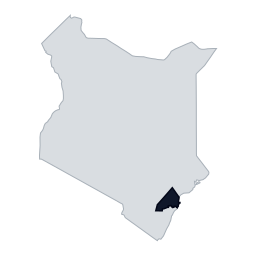 location of Magarini, Coast, Kenya
{"feature_id": "3690345B44163293085628", "entity_name": "Magarini", "entity_type": "district", "adm_level": 2, "iso_a3": "KEN", "parent_name": "Kenya", "parent_adm1": "Coast", "projection": "orthographic", "projection_center": [39.973, -2.829], "detail": "fine", "context": "in_parent", "style": "filled", "palette": "ink", "viewbox_px": 256, "rotation_deg": 0, "n_neighbors": 0, "source": "geoboundaries", "source_scale": "gbopen_adm2", "svg_char_len": 4575}
<svg xmlns="http://www.w3.org/2000/svg" viewBox="0 0 256 256"><path d="M39.6,159.1L39.5,155.3L40.1,145.7L40.0,137.2L40.5,133.0L42.6,130.3L43.5,128.3L44.2,125.6L45.3,123.4L47.8,121.6L48.2,120.6L50.8,117.5L52.4,113.7L53.6,112.3L55.1,111.1L56.1,110.5L57.8,109.8L59.2,109.5L59.4,109.2L59.5,108.5L59.1,106.1L59.7,105.3L60.6,103.7L61.6,102.2L62.6,101.3L63.1,100.3L63.4,98.6L63.4,97.4L63.4,95.5L63.1,91.0L62.0,87.3L61.4,83.2L61.9,81.8L61.0,79.4L60.6,79.2L59.9,78.7L59.0,76.4L58.3,74.3L57.9,73.8L54.9,72.0L53.5,67.7L51.8,66.7L51.0,62.5L50.8,61.2L51.7,57.0L51.7,56.0L50.7,55.1L47.9,54.2L45.7,52.4L46.0,51.8L46.1,51.2L45.0,50.8L41.6,43.5L46.0,39.1L50.5,34.6L56.3,29.0L61.6,23.8L66.2,19.3L70.3,15.4L70.2,16.1L70.2,17.1L70.7,17.7L71.5,18.2L72.7,17.7L73.7,17.1L74.7,17.0L80.7,18.6L81.8,20.0L81.7,21.6L81.9,22.7L81.5,23.8L80.9,27.2L81.1,30.4L82.9,32.7L84.5,34.5L85.8,37.0L86.7,37.8L88.1,38.2L92.3,38.3L98.5,38.5L104.4,38.6L105.0,38.7L106.3,39.0L111.7,42.5L116.8,45.6L121.0,48.4L125.2,51.0L129.2,53.6L132.3,55.8L135.4,56.4L140.4,56.7L143.9,56.8L147.1,57.7L151.9,58.6L155.4,59.0L157.6,59.5L163.5,60.0L164.5,59.7L167.1,57.3L170.1,53.4L171.2,51.3L175.0,49.1L181.7,46.2L186.4,44.1L191.7,42.0L194.1,43.8L197.3,46.7L198.8,48.2L200.0,48.8L201.8,49.3L203.9,49.3L205.1,49.2L207.5,48.8L213.2,48.5L216.5,48.5L213.7,52.4L210.5,57.1L204.5,65.6L199.9,70.1L196.4,73.6L196.1,74.2L196.1,78.0L196.2,87.3L196.3,105.9L196.3,124.6L196.4,143.3L196.4,152.7L196.5,155.8L199.5,159.7L202.5,163.6L206.4,168.7L208.5,171.4L208.9,172.3L208.7,174.1L205.5,177.9L202.9,179.7L199.3,180.5L198.2,180.3L196.8,179.8L196.3,180.7L195.9,182.1L195.1,181.8L194.5,181.4L194.8,183.9L195.2,185.2L194.7,186.9L192.9,188.3L192.8,189.6L189.0,192.8L183.7,193.2L180.9,194.8L179.7,196.1L178.7,199.0L179.0,203.5L177.6,206.9L177.3,208.6L174.5,210.9L173.3,212.9L172.4,215.0L171.6,215.9L170.7,220.5L169.4,223.3L169.1,224.3L168.8,225.1L167.8,226.8L167.2,227.9L166.7,228.7L163.5,235.9L160.9,239.2L159.0,238.8L157.6,240.0L157.5,240.6L156.8,240.3L155.1,239.1L151.7,236.7L148.3,234.2L144.9,231.8L141.5,229.3L138.1,226.9L134.7,224.4L131.3,222.0L127.9,219.5L125.9,218.1L125.0,217.2L124.3,215.5L124.0,215.1L123.1,214.6L122.0,214.5L121.7,214.2L121.7,213.3L122.1,212.2L123.4,209.9L123.5,208.6L123.2,207.1L122.8,204.7L122.5,204.1L120.2,202.9L115.5,200.2L110.8,197.6L106.1,195.0L101.3,192.3L96.6,189.7L91.9,187.1L87.2,184.5L82.4,181.8L77.7,179.2L73.0,176.6L68.3,174.0L63.5,171.3L58.8,168.7L54.1,166.1L49.4,163.5L44.7,160.9L42.9,159.9L41.3,159.1L39.6,159.1ZM196.8,184.4L196.0,184.6L196.4,183.3L198.8,181.7L199.8,182.1L200.0,182.4L200.0,182.8L199.5,183.1L196.8,184.4Z" fill="#d9dde1" stroke="#a8b0b8" stroke-width="1"/><path d="M168.4,207.3L168.4,207.2L168.3,206.9L168.2,206.8L168.1,206.7L167.9,206.5L167.9,206.3L167.9,206.2L168.0,206.1L168.3,206.0L168.4,205.9L168.5,205.9L168.8,205.8L168.8,205.7L169.0,205.7L169.1,205.8L169.3,205.8L169.5,205.9L169.6,205.7L169.8,205.7L170.0,205.6L170.3,205.6L170.5,205.5L170.6,205.4L170.8,205.4L171.0,205.5L170.9,205.6L170.8,205.8L171.0,205.8L171.3,205.8L171.3,206.0L171.2,206.1L171.3,206.2L171.5,206.1L171.8,206.3L171.8,206.5L172.1,206.6L172.3,206.6L172.4,206.8L172.4,207.0L172.5,207.0L172.6,206.9L172.6,206.7L172.8,206.7L172.8,206.8L172.7,206.9L172.9,207.0L173.0,207.1L172.9,207.2L173.0,207.2L173.0,207.3L173.2,207.2L173.3,207.2L173.5,207.2L173.7,207.3L173.8,207.2L174.0,207.1L174.2,206.9L174.2,206.7L174.3,206.6L174.5,206.6L174.6,206.4L174.4,206.3L174.4,206.2L174.5,206.2L174.8,206.2L174.8,206.3L174.9,206.5L175.1,206.5L175.2,206.4L175.3,206.4L175.5,206.4L175.6,206.5L175.8,206.5L176.0,206.5L176.3,206.5L176.4,206.8L176.4,207.0L176.6,207.4L176.9,207.5L177.0,207.5L177.3,207.7L177.4,207.4L177.5,207.2L177.7,206.9L177.8,206.8L177.9,206.7L178.1,206.4L178.2,206.2L178.3,206.1L178.3,205.9L178.3,205.7L178.3,205.3L178.3,205.2L178.2,205.1L178.2,204.9L178.3,204.8L178.4,204.7L178.5,204.6L178.5,204.3L178.5,204.2L178.6,203.9L178.9,203.7L179.0,203.7L179.1,203.4L179.2,203.2L179.3,203.2L179.5,203.1L179.8,202.9L180.0,202.9L180.0,202.7L179.9,202.5L179.7,202.6L179.6,202.8L179.4,202.9L179.2,202.8L179.1,202.7L178.9,202.7L178.7,202.4L178.6,202.2L178.4,202.0L178.4,201.9L178.4,201.7L178.4,201.4L178.4,201.1L178.5,200.9L178.5,200.7L178.5,200.4L178.5,200.2L178.5,199.9L178.6,199.6L178.8,199.3L178.8,199.1L178.9,198.7L178.9,198.1L178.8,197.9L178.9,197.7L179.0,197.5L179.0,197.3L179.0,197.2L178.9,197.2L178.8,196.9L178.7,196.8L172.3,187.7L168.6,192.0L163.8,197.5L158.8,203.1L158.1,203.9L157.6,204.4L157.4,204.6L155.8,210.7L162.2,210.8L162.5,208.8L163.8,208.8L167.9,207.2L168.4,207.3Z" fill="#0f172a" stroke="#020617" stroke-width="1.5"/></svg>